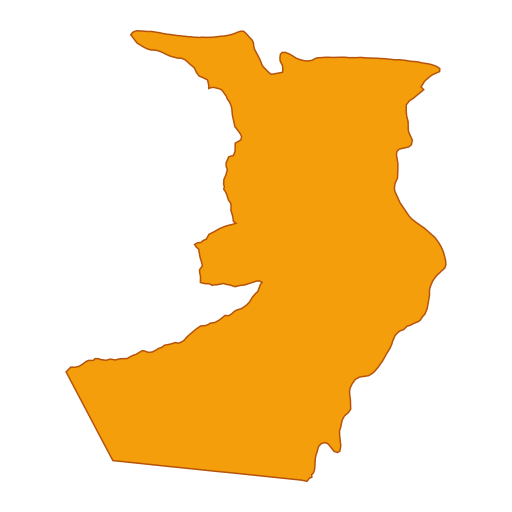 outline of Araioses, Maranhão, Brazil
{"feature_id": "56859067B64575087706788", "entity_name": "Araioses", "entity_type": "district", "adm_level": 2, "iso_a3": "BRA", "parent_name": "Brazil", "parent_adm1": "Maranhão", "projection": "robinson", "projection_center": [-42.029, -2.955], "detail": "fine", "context": "isolated", "style": "filled", "palette": "amber", "viewbox_px": 512, "rotation_deg": 0, "n_neighbors": 0, "source": "geoboundaries", "source_scale": "gbopen_adm2", "svg_char_len": 4640}
<svg xmlns="http://www.w3.org/2000/svg" viewBox="0 0 512 512"><path d="M66.1,371.9L93.7,424.3L98.2,432.9L112.9,460.6L148.5,464.3L152.3,464.7L165.4,466.1L169.2,466.5L179.4,467.5L185.0,468.1L216.7,471.4L226.4,472.3L301.3,480.1L307.0,481.3L309.5,478.0L311.8,477.4L311.7,474.6L313.4,473.0L314.5,470.0L314.9,466.3L315.2,459.5L315.9,455.2L316.9,452.6L318.5,446.7L321.1,443.7L324.6,442.6L327.3,443.3L329.4,445.4L334.0,451.3L337.5,452.5L339.8,451.2L340.8,445.8L339.6,435.1L339.5,430.8L340.7,427.2L341.2,424.5L342.2,420.1L344.3,416.1L348.5,412.4L350.7,409.1L350.4,399.5L349.7,395.1L349.6,390.4L350.2,387.8L352.0,384.1L355.2,379.5L359.6,377.0L364.7,376.3L368.5,375.7L370.9,374.3L372.8,373.1L375.4,370.5L378.0,367.4L382.8,360.6L386.3,354.2L389.6,349.0L391.8,344.1L392.7,340.9L395.2,335.4L397.4,333.0L399.8,331.0L403.6,329.6L407.1,326.2L410.0,325.4L414.2,323.2L418.3,321.6L420.2,320.2L422.5,316.7L424.8,314.2L427.1,308.8L428.1,303.5L429.5,295.2L429.5,290.0L430.1,287.2L432.6,281.1L435.2,277.3L437.4,274.8L444.8,268.0L445.9,264.8L445.6,260.5L443.8,253.4L442.9,250.7L441.2,247.0L439.1,243.3L437.8,241.4L435.0,237.6L424.7,228.4L416.5,222.7L411.4,218.7L408.6,215.4L400.0,202.7L394.8,191.1L394.4,188.4L394.9,183.8L397.5,178.0L397.8,171.2L397.9,163.7L396.4,154.5L397.0,151.3L399.3,149.1L408.6,147.0L411.4,144.7L412.3,140.0L408.9,132.6L408.3,130.1L408.2,125.5L408.1,121.6L406.7,116.2L406.2,111.2L406.3,104.8L409.5,100.7L413.4,98.3L415.2,96.7L423.7,89.7L421.0,86.8L423.1,83.8L424.4,81.4L426.6,79.4L429.8,76.6L432.4,74.8L435.2,73.5L437.2,72.6L439.6,71.6L439.8,68.7L437.5,66.9L434.2,65.5L430.1,64.2L426.4,63.5L422.5,63.0L420.4,62.5L418.0,61.9L414.5,61.5L411.5,61.4L408.9,61.0L405.5,60.4L401.8,60.0L399.3,59.7L397.2,59.8L394.6,59.8L391.5,59.4L388.1,59.1L384.4,58.6L382.1,58.6L379.7,58.5L376.9,58.2L374.8,58.2L372.1,58.1L368.8,58.0L365.1,57.8L360.9,57.4L357.3,57.6L354.9,57.7L352.1,57.6L349.2,57.7L345.7,57.3L341.8,57.2L338.3,57.3L335.1,57.4L331.8,57.4L329.1,57.3L325.1,57.3L321.5,57.6L319.1,57.7L316.8,57.9L314.6,58.9L312.0,60.3L307.8,61.0L304.2,60.7L301.9,60.1L298.7,59.2L296.2,58.2L293.2,56.2L289.2,53.9L285.3,52.4L282.2,52.4L280.4,54.4L279.9,58.1L280.2,61.0L281.2,63.2L282.5,65.5L282.8,68.8L282.6,72.3L271.3,74.4L269.2,72.8L267.1,70.8L265.1,68.6L263.3,66.9L261.9,64.7L260.7,61.4L259.3,58.2L257.7,55.2L256.2,52.4L254.6,49.4L253.8,46.3L253.3,42.3L251.9,39.8L249.8,37.7L248.0,35.6L245.7,33.1L243.5,31.2L240.8,31.2L237.3,32.3L234.1,33.7L230.3,34.8L226.3,35.7L223.8,36.1L220.9,36.2L217.5,36.7L214.7,37.0L212.5,37.3L209.3,37.3L206.8,37.4L204.1,37.3L201.8,37.2L199.4,37.5L196.9,37.3L194.3,37.3L191.2,36.8L188.8,36.8L186.2,36.4L183.3,36.2L180.4,35.8L176.7,35.5L174.5,35.1L172.0,34.8L169.7,34.4L167.4,34.3L165.1,33.9L162.9,33.5L160.1,32.8L156.6,32.3L154.3,31.9L151.1,31.4L148.2,31.5L145.9,31.4L143.3,31.1L140.4,31.0L137.8,30.7L134.9,31.3L132.7,32.3L130.8,34.8L137.0,43.0L138.9,44.1L142.6,46.5L147.2,48.9L151.3,50.0L154.4,50.1L158.0,50.7L161.9,52.2L165.5,54.0L169.6,55.9L172.0,56.6L178.0,58.2L181.0,58.2L184.6,59.5L187.6,61.9L189.6,63.9L194.2,67.7L196.6,72.7L199.1,76.0L203.3,77.8L207.5,79.9L208.7,85.0L208.7,88.5L211.0,87.6L213.8,87.4L219.8,88.9L222.0,90.2L226.5,96.5L227.4,99.1L229.5,102.0L231.1,105.7L231.8,108.6L232.4,115.3L234.9,126.6L238.4,131.1L240.8,134.5L241.6,136.8L240.8,139.9L235.2,143.2L235.1,151.1L233.5,155.4L228.7,156.8L226.1,162.9L226.1,166.5L227.4,169.6L225.7,175.4L223.9,179.5L223.6,184.3L224.4,186.6L223.7,189.1L225.7,192.1L226.7,194.5L228.5,200.1L230.7,203.3L231.1,206.0L230.9,210.3L232.5,215.5L233.1,218.4L233.3,221.1L236.0,223.3L231.5,224.6L227.5,225.6L224.7,226.5L220.0,228.4L213.8,231.9L209.0,234.3L206.3,239.2L202.9,240.6L201.2,242.4L197.5,242.8L194.6,244.5L196.3,247.1L198.6,249.1L200.1,257.5L201.5,261.8L202.4,265.9L199.6,269.7L199.6,272.2L200.5,276.4L200.4,282.5L204.5,283.6L209.6,283.8L211.9,285.3L214.5,284.8L216.7,284.8L223.7,283.5L226.2,284.4L229.9,285.0L235.1,286.7L240.7,285.3L244.6,285.0L256.1,281.2L259.4,280.9L262.1,282.3L260.4,284.6L257.8,291.5L255.9,293.2L252.6,296.9L249.4,302.2L246.4,305.2L241.7,308.5L236.6,310.1L234.2,311.5L231.5,314.0L228.7,315.7L225.0,315.5L219.6,319.8L215.2,322.4L210.2,323.2L208.2,324.6L205.4,325.6L200.6,326.0L197.9,327.8L195.6,329.5L190.1,334.1L187.0,336.9L184.0,340.4L181.6,341.9L178.3,343.3L175.5,342.5L170.8,344.0L164.4,345.3L161.7,347.4L158.4,348.5L156.0,350.1L152.3,352.0L148.3,352.4L144.6,351.0L142.3,350.6L136.0,354.4L133.1,355.3L130.1,356.8L127.0,358.6L121.0,358.7L118.0,359.2L115.4,360.0L110.4,359.1L106.0,360.3L100.5,359.5L98.4,358.7L95.0,358.6L93.4,360.4L88.6,360.4L86.1,361.5L82.4,364.3L79.1,366.3L75.1,367.3L70.8,367.1L66.1,371.9Z" fill="#f59e0b" stroke="#b45309" stroke-width="1.5"/></svg>